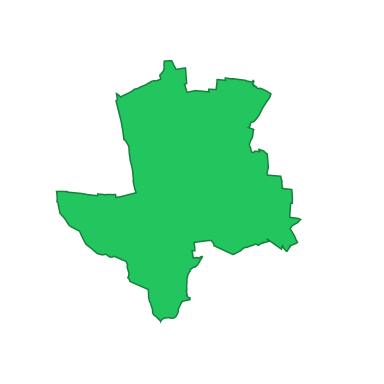 Danesti, Vaslui, Romania, rotated 211°
{"feature_id": "2599482B3410244555477", "entity_name": "Danesti", "entity_type": "district", "adm_level": 2, "iso_a3": "ROU", "parent_name": "Romania", "parent_adm1": "Vaslui", "projection": "equal_earth", "projection_center": [27.662, 46.845], "detail": "fine", "context": "isolated", "style": "filled", "palette": "green", "viewbox_px": 384, "rotation_deg": 211, "n_neighbors": 0, "source": "geoboundaries", "source_scale": "gbopen_adm2", "svg_char_len": 5945}
<svg xmlns="http://www.w3.org/2000/svg" viewBox="0 0 384 384"><g transform="rotate(211 192 192)"><path d="M301.7,237.6L301.8,236.5L304.4,237.3L307.4,237.4L303.9,233.3L303.4,232.5L304.1,231.4L304.1,231.0L288.8,215.7L286.3,212.7L283.0,209.1L277.3,201.8L275.8,201.9L273.6,200.8L269.9,198.7L269.1,197.8L265.2,192.2L261.1,187.3L261.0,187.0L258.3,184.5L255.1,181.1L252.8,178.3L251.5,176.3L249.2,173.3L247.9,170.9L242.3,164.8L239.5,162.6L251.4,150.6L254.5,148.1L255.0,148.9L255.3,149.4L256.0,150.2L256.6,150.4L256.8,150.3L257.4,149.6L262.4,146.8L264.6,145.4L264.7,144.9L265.6,144.7L271.8,141.8L271.0,140.2L280.1,136.0L285.4,134.1L298.8,127.7L299.2,128.1L305.4,124.6L308.4,122.7L307.5,121.7L306.2,120.0L304.0,116.7L302.9,114.4L302.6,114.0L301.0,113.4L299.9,111.9L298.9,111.0L294.8,106.4L294.1,105.7L289.4,104.3L285.5,102.8L281.7,100.8L279.7,100.1L277.9,99.9L268.2,100.5L263.8,97.4L258.2,93.9L255.9,92.6L254.8,92.4L249.2,91.8L242.5,90.6L240.8,90.6L237.3,91.6L236.4,92.0L233.5,94.4L230.1,93.9L228.4,94.1L226.9,95.1L225.6,96.8L219.3,97.7L217.0,97.8L215.9,98.2L213.5,98.4L212.4,98.2L211.6,97.8L210.7,97.1L210.0,97.0L210.0,96.5L209.9,96.2L209.5,95.6L209.0,94.5L208.5,93.8L205.3,90.9L204.2,90.2L203.8,88.6L203.5,88.0L203.1,87.6L203.0,87.4L202.9,86.7L203.0,85.8L202.9,85.7L202.3,85.2L201.9,85.1L201.5,85.2L201.2,85.1L199.4,83.8L199.2,83.4L191.8,84.3L189.8,84.6L187.6,84.8L179.4,85.9L177.0,82.7L175.2,79.7L174.6,79.1L172.5,76.7L170.2,75.2L166.3,71.8L164.8,70.3L163.7,68.4L162.9,67.7L161.3,66.9L159.0,66.8L158.3,66.7L157.0,66.3L153.7,65.5L152.3,65.0L152.2,64.9L152.2,65.8L152.2,66.6L151.8,68.0L151.4,68.7L150.4,69.8L150.0,70.4L146.7,72.6L146.1,72.8L145.2,72.9L143.7,73.8L142.5,74.8L141.9,76.1L141.6,76.9L141.8,80.5L142.3,82.9L142.9,83.5L143.5,85.1L144.0,90.8L144.0,93.2L142.9,94.3L141.6,95.7L140.7,96.4L140.5,96.5L139.8,97.3L139.1,98.1L138.3,98.4L139.2,100.2L139.9,100.2L140.6,99.6L142.6,100.1L143.5,100.6L143.6,100.9L143.2,101.4L144.3,102.5L144.8,103.3L145.1,103.6L145.8,104.0L145.8,104.9L146.0,105.5L146.5,105.9L147.7,108.0L148.6,109.3L149.3,110.6L149.7,112.0L151.6,114.7L151.8,115.3L151.8,116.2L152.6,117.7L152.6,118.2L152.8,118.7L153.0,120.3L153.1,122.1L152.9,123.1L153.3,124.1L153.2,125.0L152.5,127.4L151.7,128.3L151.2,128.9L150.6,129.4L150.3,130.3L149.7,132.4L149.6,135.6L149.7,138.1L149.6,140.5L149.8,141.4L149.8,141.9L150.1,142.0L150.4,141.8L151.3,140.6L151.5,139.8L151.9,139.3L151.9,138.7L152.4,138.5L153.3,138.7L154.4,138.0L156.8,136.0L161.7,141.7L159.3,143.1L159.9,143.9L161.1,145.9L164.2,149.9L153.9,158.1L151.3,159.9L150.4,160.5L149.6,160.0L148.0,159.6L147.6,159.1L146.3,158.6L145.9,158.1L145.6,157.3L145.1,157.4L142.6,157.6L131.9,158.7L129.2,159.0L128.6,159.2L124.5,159.5L120.4,166.1L119.8,167.4L119.7,168.5L118.9,170.2L119.0,170.3L118.3,171.3L115.9,173.4L114.9,174.8L112.8,177.2L112.1,178.0L111.3,179.3L110.5,180.4L107.7,180.3L107.5,180.9L107.3,181.2L107.2,181.5L107.0,181.8L107.0,182.0L106.6,182.5L106.6,183.0L106.4,183.2L106.5,183.4L106.3,183.6L106.1,183.7L106.0,183.9L105.7,184.0L104.4,185.3L104.8,185.7L103.7,186.3L102.0,187.9L101.2,189.0L100.6,189.5L100.8,189.6L103.2,190.1L103.2,190.4L85.9,189.1L86.7,192.5L85.5,191.9L85.4,191.5L85.0,191.4L84.5,191.0L83.9,190.8L83.3,190.8L81.7,190.1L81.1,190.0L80.7,189.9L80.4,190.0L80.1,190.2L79.8,190.6L80.0,191.1L80.0,191.9L79.9,192.7L79.9,195.2L79.6,195.6L79.8,196.0L80.2,196.2L77.5,200.2L76.9,200.6L75.6,203.1L79.1,205.2L81.4,207.1L89.0,211.1L89.0,212.3L88.8,213.4L89.0,214.4L86.7,218.4L85.6,220.3L85.4,221.0L85.1,223.5L84.8,224.4L86.6,224.2L88.6,223.5L93.6,221.4L95.0,220.6L95.7,221.5L101.6,233.2L100.2,233.9L100.5,234.6L103.0,238.8L107.7,245.5L111.8,243.7L114.0,242.5L115.3,242.1L116.5,241.6L116.8,242.1L116.8,242.5L117.1,242.8L118.0,243.5L118.1,244.0L118.3,244.3L118.6,244.4L118.8,244.7L118.9,245.0L119.5,245.5L119.5,245.9L119.8,246.4L120.0,247.0L120.5,247.7L120.7,247.8L122.2,249.1L122.9,250.1L123.8,250.8L124.1,251.2L136.3,245.2L137.0,246.2L138.0,248.0L138.1,248.8L138.4,249.5L138.8,251.3L139.2,252.4L143.1,257.8L147.2,263.4L147.5,263.5L149.0,263.3L149.7,263.7L150.8,263.8L151.8,264.2L154.2,263.5L156.6,263.1L156.5,262.7L156.4,262.5L155.1,262.8L155.0,261.7L154.9,261.1L155.1,261.0L156.3,260.8L159.3,259.3L159.4,259.1L159.1,258.0L159.1,257.9L161.5,256.9L162.1,257.4L164.2,259.7L166.4,261.2L167.1,261.9L167.5,262.8L167.9,264.6L168.3,267.1L168.3,268.8L168.4,269.9L168.8,271.2L170.1,274.1L170.4,274.6L171.1,276.4L171.3,277.4L177.0,276.3L176.6,277.4L176.4,278.2L176.4,278.8L176.6,279.6L177.3,281.2L177.4,281.6L177.4,282.0L177.2,282.3L176.7,282.6L176.0,283.2L175.3,284.4L175.0,285.0L174.8,286.1L174.3,289.4L174.3,290.0L174.1,292.0L174.3,296.2L174.7,299.9L174.7,302.3L174.5,305.7L174.5,307.7L174.1,311.1L174.1,312.7L174.1,313.7L174.9,316.8L180.4,316.9L185.6,316.4L186.6,316.2L187.1,315.9L187.4,315.5L188.5,315.0L188.9,314.6L189.3,314.5L190.5,314.9L191.2,315.3L192.0,315.4L192.2,315.1L192.4,314.6L193.3,314.6L193.4,315.4L193.6,315.5L193.8,315.4L194.4,315.5L195.3,315.0L195.6,315.8L195.5,316.8L195.7,317.4L195.8,317.6L195.8,318.0L195.8,318.4L196.3,319.0L197.0,319.1L197.0,318.5L197.2,317.2L203.3,315.0L203.6,315.3L215.3,310.2L215.1,310.0L222.2,306.8L221.5,305.6L220.8,304.9L228.4,301.4L226.9,298.5L224.1,292.2L230.5,288.8L230.1,287.7L229.0,286.6L241.3,280.7L247.5,274.9L248.7,275.8L248.9,276.1L249.5,276.7L250.4,277.4L251.0,277.5L251.2,278.1L251.7,278.7L252.5,279.5L253.9,280.0L254.0,280.5L252.4,282.2L261.5,295.0L268.8,288.9L269.4,289.1L270.8,290.2L272.6,291.1L273.5,291.6L275.4,293.2L276.1,293.7L277.3,294.0L283.2,289.9L281.8,287.1L280.1,284.7L279.0,282.0L278.9,280.8L279.3,278.3L279.4,277.0L279.8,276.1L279.6,275.4L279.3,274.9L277.9,273.7L276.9,272.4L278.7,270.4L278.9,270.2L278.8,269.9L279.4,269.3L280.1,268.8L282.2,267.6L282.7,266.9L283.4,266.3L284.3,264.9L284.3,264.0L284.7,263.6L285.4,263.1L285.6,262.7L285.8,262.1L286.0,261.6L287.3,259.4L290.1,255.7L290.8,254.4L291.3,253.8L292.3,252.2L294.3,250.5L294.8,249.0L296.6,245.3L301.7,237.6Z" fill="#22c55e" stroke="#15803d" stroke-width="1.5"/></g></svg>